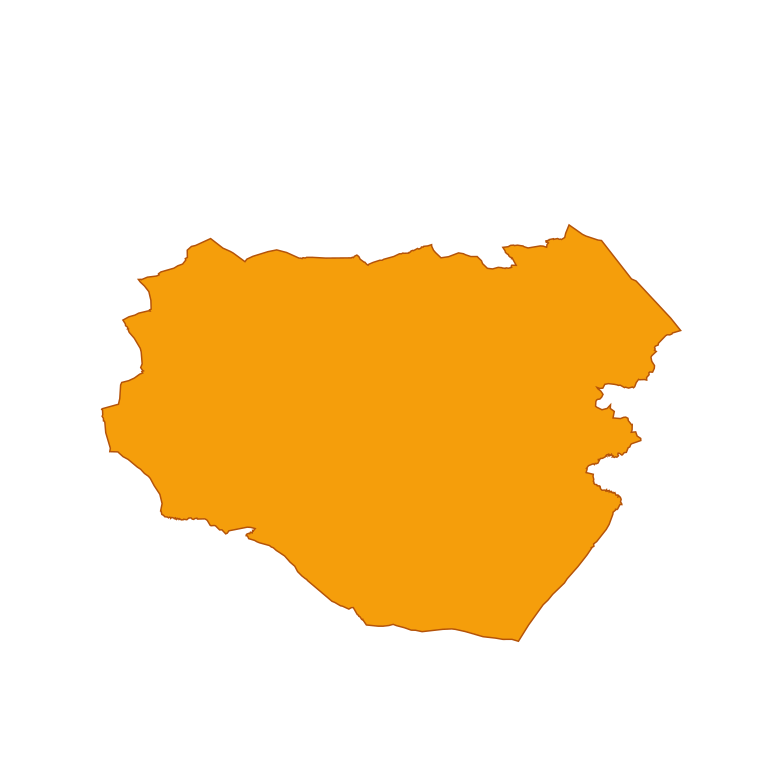 the district of Rakkestad nor, Østfold, Norway, rotated 116°
{"feature_id": "86288312B50253419979546", "entity_name": "Rakkestad nor", "entity_type": "district", "adm_level": 2, "iso_a3": "NOR", "parent_name": "Norway", "parent_adm1": "Østfold", "projection": "mercator", "projection_center": [11.413, 59.36], "detail": "fine", "context": "isolated", "style": "filled", "palette": "amber", "viewbox_px": 768, "rotation_deg": 116, "n_neighbors": 0, "source": "geoboundaries", "source_scale": "gbopen_adm2", "svg_char_len": 6171}
<svg xmlns="http://www.w3.org/2000/svg" viewBox="0 0 768 768"><g transform="rotate(116 384 384)"><path d="M565.0,600.8L561.7,593.5L563.7,586.7L563.9,581.0L566.8,569.3L567.3,565.4L569.4,560.1L570.2,555.3L571.3,552.7L576.2,545.9L581.4,537.1L588.8,531.0L596.1,529.1L596.1,528.5L598.6,526.5L598.7,524.5L599.4,522.9L598.5,520.3L598.8,519.0L597.6,518.2L597.6,517.0L598.1,516.8L596.9,516.2L596.6,513.9L596.9,513.5L596.3,513.1L596.7,512.9L596.7,512.2L595.9,512.2L596.6,511.0L595.3,510.6L595.4,509.8L594.9,509.3L595.5,508.8L594.8,508.4L595.0,506.7L594.0,504.9L593.4,504.8L592.4,501.7L590.1,500.7L588.9,498.8L589.5,497.2L589.1,495.6L588.1,495.3L586.7,493.5L586.6,493.0L587.2,492.5L583.8,486.0L583.8,484.0L584.3,482.7L587.2,478.3L587.2,477.3L585.6,474.6L585.3,473.3L587.2,467.8L586.1,465.8L588.1,460.6L586.8,459.5L583.9,459.0L572.6,444.1L571.3,440.9L570.4,436.4L572.8,437.0L573.1,437.8L573.8,437.1L574.2,437.6L575.6,437.2L575.8,439.1L577.4,439.1L577.4,439.9L578.9,441.4L580.3,441.7L580.8,441.3L580.4,440.8L580.7,439.7L582.3,437.8L581.3,431.7L581.5,429.2L581.3,426.3L579.4,416.1L579.9,413.9L579.7,411.7L580.8,407.9L582.1,398.0L585.3,390.3L586.9,384.3L590.5,379.4L592.5,373.7L593.5,369.1L593.5,367.7L594.1,366.9L602.1,335.5L601.9,332.5L602.4,325.9L601.9,323.9L601.7,316.9L599.4,315.4L598.4,313.6L602.9,307.0L603.1,305.4L603.8,304.8L603.8,303.4L605.2,301.2L604.9,300.1L605.4,300.2L605.6,298.9L608.3,294.2L604.3,283.3L602.1,278.7L598.9,273.7L596.0,270.4L595.7,266.9L594.1,258.8L593.3,251.7L591.5,247.7L589.9,241.2L578.7,223.6L574.4,215.7L573.2,212.2L570.9,202.6L567.7,184.2L563.5,172.4L561.4,165.2L557.4,157.1L556.3,150.4L537.1,148.4L512.6,144.2L506.4,141.9L499.1,140.2L483.7,134.6L478.8,134.0L462.8,129.6L448.7,126.6L440.2,125.4L440.6,125.8L440.3,126.0L437.9,124.2L435.8,125.5L432.5,123.8L417.3,120.5L411.5,120.1L400.8,121.2L398.8,121.9L396.0,120.7L395.1,121.0L394.7,119.6L393.8,119.2L388.9,119.1L388.1,117.4L387.2,118.1L386.4,119.7L383.7,120.3L382.2,121.9L381.8,123.3L382.5,124.0L381.5,124.0L381.4,124.5L382.2,124.5L381.3,125.3L382.2,126.7L380.9,128.3L381.0,128.8L380.5,129.0L381.4,130.0L381.0,130.6L381.6,131.0L381.0,132.6L381.7,132.5L381.5,134.1L382.1,134.3L381.0,135.0L382.4,136.3L382.0,136.6L382.6,137.0L382.5,137.5L382.0,137.7L382.8,137.9L382.4,138.4L382.7,139.3L383.9,141.4L383.2,143.5L381.6,144.6L381.7,145.1L381.1,145.5L382.0,147.7L381.2,148.7L381.8,150.6L381.2,151.9L380.2,152.2L379.8,153.1L377.7,153.7L375.3,155.7L373.4,156.3L375.0,163.5L371.2,164.2L371.2,165.0L367.8,164.4L364.0,161.0L364.2,159.5L362.8,159.4L362.6,158.2L361.2,157.0L358.0,157.0L358.4,158.0L357.9,158.3L357.1,157.0L356.0,156.7L355.0,155.0L352.5,153.2L351.2,153.1L351.2,152.4L350.7,153.0L349.9,152.7L349.2,151.8L349.9,151.1L349.8,150.7L350.2,151.2L350.0,150.1L349.3,149.6L348.6,150.3L348.7,149.1L347.4,148.7L348.2,147.9L348.2,146.6L349.4,146.8L348.9,145.8L349.1,144.9L347.9,143.9L347.7,142.6L345.7,141.8L344.6,143.1L343.5,143.2L343.1,141.9L343.6,139.2L343.2,138.7L340.4,138.0L339.2,136.2L334.3,136.6L332.8,135.5L330.2,135.7L329.1,135.2L322.2,128.4L320.4,129.4L319.8,133.7L316.7,136.8L319.0,140.6L316.5,140.9L312.1,142.9L312.4,143.0L309.8,148.4L307.9,149.7L307.8,152.2L308.9,154.0L311.4,156.3L314.1,163.3L307.7,165.0L306.8,169.9L303.4,171.3L308.1,172.7L311.6,176.8L311.6,182.6L311.2,184.1L306.9,185.9L305.2,185.9L304.1,185.2L302.9,183.4L300.4,182.6L297.3,182.6L295.4,185.9L294.5,189.8L293.7,191.1L293.4,188.1L291.8,185.5L287.5,185.4L285.3,182.5L283.3,176.8L282.5,173.7L282.6,172.9L281.5,171.1L281.8,166.3L281.0,165.6L280.4,162.3L277.8,159.4L278.0,158.1L276.5,157.5L272.2,157.9L268.2,157.2L268.2,156.3L265.8,151.8L265.3,149.6L263.1,150.8L259.5,149.8L257.9,150.8L256.8,150.5L255.6,147.8L251.5,147.9L248.9,148.9L246.2,153.3L242.9,155.8L241.1,155.7L235.4,153.5L235.1,155.7L233.7,155.6L232.7,156.8L231.0,156.7L228.8,154.7L227.0,155.2L217.1,152.0L215.6,151.0L214.5,148.6L212.7,147.1L211.7,147.1L205.9,140.8L199.1,155.2L180.9,202.6L181.1,207.6L159.7,251.4L160.8,254.7L162.5,267.3L162.5,271.2L159.9,287.4L168.8,286.8L173.1,285.8L176.3,287.8L176.4,288.9L177.2,290.0L177.1,291.7L179.6,294.9L179.1,295.3L181.8,298.9L182.3,298.7L184.5,301.2L185.5,300.3L184.7,299.0L185.1,298.1L187.2,298.6L189.8,297.8L190.3,301.4L191.4,304.1L198.6,314.2L199.2,318.4L199.0,319.5L200.7,324.9L202.5,327.6L202.3,328.2L203.9,331.0L206.2,332.6L209.1,337.1L211.2,333.6L212.5,332.5L213.2,330.0L213.1,329.0L214.0,328.2L214.7,326.2L214.5,324.9L215.3,324.4L214.6,324.0L219.4,317.2L221.2,321.2L222.3,321.3L223.2,320.4L225.4,322.9L226.1,325.2L227.1,325.8L227.2,327.0L227.8,327.9L227.8,329.1L229.1,332.5L233.0,336.9L234.7,341.8L232.6,348.2L230.5,350.4L228.6,356.2L231.4,361.9L232.1,367.4L232.1,369.8L233.5,374.5L241.3,381.8L245.6,388.1L243.3,395.3L242.1,398.1L239.3,401.5L237.9,402.3L240.7,405.2L242.9,408.7L243.7,408.8L244.5,410.4L245.7,410.4L247.5,411.8L247.4,413.2L251.2,415.9L251.2,416.6L252.6,418.0L253.7,418.1L254.9,419.3L255.5,419.1L257.9,423.6L258.0,424.4L259.4,425.5L260.2,427.2L265.1,431.1L272.1,439.0L273.6,439.9L274.6,442.0L279.5,447.1L283.1,450.2L284.2,450.4L284.0,452.0L282.9,454.7L283.2,455.4L282.3,460.1L280.5,462.5L280.0,464.9L282.2,466.6L283.8,466.9L284.0,468.1L285.0,468.7L296.4,491.6L301.4,503.5L304.1,509.1L305.3,510.0L306.0,512.2L307.2,512.6L307.3,513.8L308.1,515.5L308.5,529.2L310.5,539.2L315.9,546.3L326.7,557.8L331.9,562.0L335.0,562.6L332.4,577.0L332.2,580.4L332.5,588.3L329.3,603.6L342.1,614.1L344.8,617.4L350.0,619.5L356.5,616.2L358.4,617.6L359.5,616.5L364.5,617.6L368.1,621.1L372.0,623.6L381.0,633.6L383.7,635.0L384.5,634.0L386.7,635.8L391.7,643.5L396.6,647.8L396.4,648.2L397.7,650.6L399.2,647.7L400.9,642.3L404.1,635.8L411.0,630.2L418.8,626.1L420.1,627.2L420.9,626.2L421.5,627.8L427.9,635.6L431.2,638.0L435.4,642.7L441.0,646.7L443.3,642.9L444.9,641.8L445.2,639.8L446.2,638.6L446.9,638.7L446.6,637.8L447.6,637.5L449.3,635.6L452.3,628.6L458.8,618.7L461.6,616.3L471.9,610.2L475.9,609.9L477.5,607.2L477.7,606.0L479.0,607.1L479.9,605.7L482.3,607.9L488.1,611.0L492.9,614.9L497.6,620.4L500.3,620.3L512.9,615.1L518.6,613.8L529.8,626.5L530.6,626.6L530.9,625.5L535.0,623.3L536.6,623.2L537.8,621.2L540.1,620.0L539.9,619.3L540.8,618.1L549.7,612.8L561.7,601.8L565.0,600.8Z" fill="#f59e0b" stroke="#b45309" stroke-width="1.5"/></g></svg>